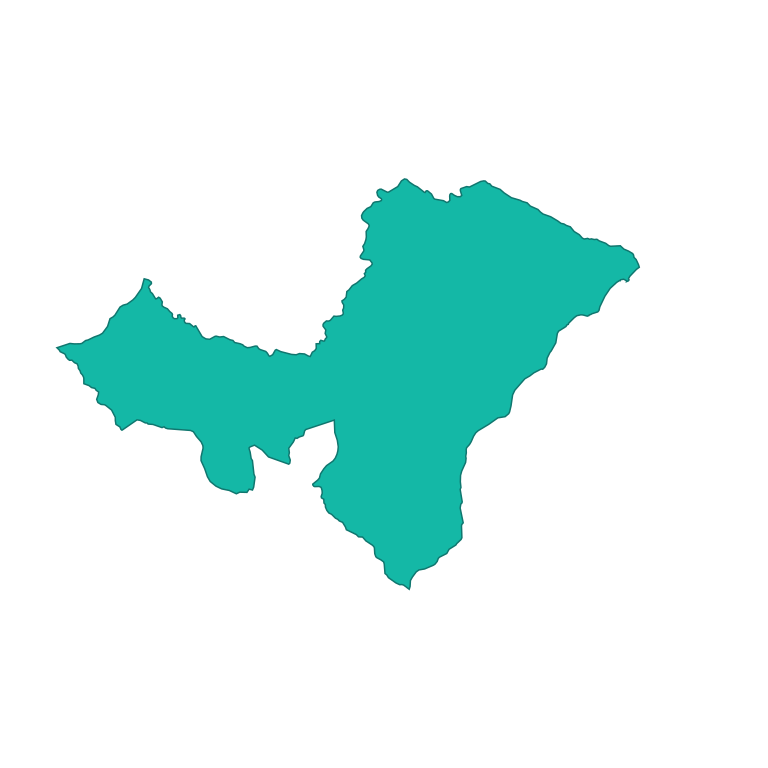 outline of Nitibe, Ambeno, East Timor, rotated 155°
{"feature_id": "22284137B96760248350473", "entity_name": "Nitibe", "entity_type": "district", "adm_level": 2, "iso_a3": "TLS", "parent_name": "East Timor", "parent_adm1": "Ambeno", "projection": "albers", "projection_center": [124.176, -9.337], "detail": "fine", "context": "isolated", "style": "filled", "palette": "teal", "viewbox_px": 768, "rotation_deg": 155, "n_neighbors": 0, "source": "geoboundaries", "source_scale": "gbopen_adm2", "svg_char_len": 6171}
<svg xmlns="http://www.w3.org/2000/svg" viewBox="0 0 768 768"><g transform="rotate(155 384 384)"><path d="M620.1,453.9L616.8,449.6L615.3,448.9L614.7,447.4L610.5,445.0L603.6,438.3L601.4,438.2L600.6,436.4L599.0,434.9L579.0,423.7L576.9,421.3L576.1,415.6L574.2,408.9L574.2,404.7L575.1,402.3L580.5,395.4L582.2,391.9L582.3,383.0L583.2,374.6L582.7,369.1L579.5,362.5L576.5,358.8L575.4,357.5L569.2,352.9L564.2,346.9L560.4,346.9L554.0,343.7L550.7,345.7L548.0,343.5L545.7,345.6L540.2,354.1L540.0,357.2L535.6,370.2L535.9,372.6L534.1,378.8L533.6,382.4L533.2,383.2L531.9,383.6L527.2,383.3L522.3,375.6L519.5,366.7L504.2,351.6L502.8,352.1L501.1,354.7L500.6,359.4L498.8,361.8L497.5,366.0L490.6,369.8L487.3,372.6L485.8,371.5L483.1,371.8L479.4,371.3L478.4,371.8L475.6,375.2L474.1,375.8L444.3,372.3L449.1,360.8L450.1,352.7L452.0,346.4L454.1,342.9L456.3,340.2L459.5,337.4L462.8,335.7L470.6,334.3L474.3,332.6L479.5,329.4L482.3,326.0L484.8,324.9L490.8,323.4L491.2,322.7L490.8,320.9L490.2,320.3L486.2,318.6L484.9,317.3L484.7,316.2L485.2,313.5L486.2,311.0L488.5,308.6L488.8,307.2L487.3,305.0L488.7,301.5L488.1,299.5L489.1,297.2L489.2,293.5L488.5,290.4L486.6,288.1L484.7,282.9L483.1,280.9L482.4,278.8L480.0,276.1L479.4,270.8L479.7,267.8L472.7,259.2L471.7,256.3L468.1,254.3L466.7,249.4L462.6,242.8L462.0,241.1L461.9,239.7L464.1,234.1L464.4,230.9L463.9,229.6L461.2,226.0L459.5,222.9L459.9,220.7L463.2,211.8L462.2,209.8L461.8,206.6L457.3,198.7L454.6,195.5L452.6,194.7L451.2,193.5L447.9,187.3L446.0,189.4L443.1,194.7L439.9,197.0L434.2,200.1L430.9,200.7L425.3,199.2L415.6,198.9L413.8,199.2L410.8,200.7L408.5,203.0L407.0,203.6L398.7,203.9L394.9,206.7L386.9,207.7L385.6,208.6L379.9,210.5L378.4,211.7L373.8,222.5L373.0,223.7L370.9,224.7L367.4,239.4L365.2,242.6L363.6,243.3L362.9,244.2L359.5,256.3L358.0,257.7L356.1,263.2L353.2,268.9L350.3,272.3L343.2,278.4L341.0,282.0L340.5,283.9L338.5,286.8L337.2,289.9L336.1,291.3L332.1,293.0L329.3,294.9L324.9,298.8L321.4,301.0L318.3,301.9L306.0,303.2L295.1,305.2L288.0,303.2L283.5,304.4L282.0,305.6L278.2,310.4L272.0,319.8L268.0,323.1L254.2,329.2L248.4,329.7L243.4,330.8L236.0,331.1L234.7,330.9L233.9,330.3L231.3,331.2L228.2,333.6L225.2,338.5L220.2,342.5L218.6,343.2L210.9,348.7L205.5,356.6L203.4,358.1L194.8,359.2L193.4,360.2L191.7,360.2L191.1,361.0L183.6,363.7L180.4,364.4L176.3,363.5L174.4,362.4L171.1,359.6L169.3,359.4L168.7,359.9L167.3,359.6L166.0,359.8L159.8,359.0L158.1,359.8L155.7,362.8L146.7,370.2L138.6,375.1L130.1,377.8L126.9,378.2L126.4,377.8L125.6,378.5L122.5,377.7L120.5,375.0L121.0,374.3L118.9,374.2L117.9,374.8L118.0,375.8L117.6,376.4L115.5,377.8L106.8,381.2L103.3,381.9L102.9,384.7L102.9,390.3L103.9,393.0L103.3,395.6L103.5,397.1L106.1,401.0L109.6,404.9L111.4,409.4L120.5,413.1L121.8,414.4L123.6,417.8L128.4,422.7L129.9,425.2L132.4,426.1L134.7,427.9L136.5,428.3L137.9,429.9L141.0,430.7L141.8,431.4L142.6,432.5L143.9,436.8L147.2,441.8L148.7,447.7L151.7,450.6L153.3,453.0L155.7,454.8L157.6,458.3L162.2,465.1L168.0,470.8L169.5,473.6L170.7,477.1L176.2,483.4L177.7,487.7L181.5,491.0L183.1,493.1L189.8,499.0L194.3,506.3L196.5,511.3L202.7,517.7L203.5,520.7L205.2,522.0L206.4,525.1L207.7,525.9L210.8,526.7L223.3,526.4L225.7,528.0L231.7,528.6L232.5,528.1L233.1,526.9L233.8,522.1L235.7,521.5L238.3,522.7L240.4,525.1L242.1,528.0L243.2,528.4L244.3,527.7L245.1,526.5L246.7,522.6L248.7,521.8L250.5,522.0L252.6,525.0L259.9,530.1L260.4,531.1L260.7,536.1L262.9,540.7L264.1,541.2L265.8,540.2L266.5,540.8L270.4,548.6L272.5,551.0L275.6,556.1L276.9,559.8L278.8,561.2L282.4,560.7L288.1,557.1L298.8,556.0L299.9,556.4L304.2,561.8L305.6,562.3L307.9,562.1L309.4,560.8L310.1,557.6L309.7,555.6L308.1,553.1L308.2,552.1L308.9,551.4L311.2,551.4L315.3,552.8L317.1,552.8L321.0,550.3L325.1,550.3L329.5,548.8L330.9,548.0L333.2,546.1L334.0,543.6L333.6,541.3L330.5,535.7L330.5,533.6L332.8,531.6L335.7,529.8L337.9,524.7L339.3,522.6L342.3,519.4L345.0,517.7L345.5,514.3L346.0,513.2L351.3,510.0L352.0,509.0L351.7,507.5L350.0,505.7L344.5,502.5L343.7,498.9L344.0,497.6L346.0,496.5L350.6,495.7L352.6,494.9L353.4,493.0L355.2,492.3L355.2,490.1L356.7,489.1L360.0,488.7L366.2,487.0L371.1,486.6L376.0,484.1L378.6,483.5L381.6,478.7L384.3,477.5L387.0,477.1L387.4,475.6L387.1,472.6L388.5,469.9L390.2,468.4L390.9,465.5L391.7,464.5L392.8,464.1L395.0,464.2L398.8,465.5L400.7,466.7L405.7,464.4L407.5,464.4L409.6,465.5L413.1,464.5L414.2,463.5L414.8,462.1L413.9,457.6L416.0,454.6L415.9,451.1L416.4,450.3L418.1,449.7L419.7,448.2L420.8,448.5L422.8,450.3L424.3,449.7L425.2,447.8L428.5,449.1L430.4,444.8L432.7,443.5L435.6,443.1L439.2,440.1L440.8,441.4L443.3,444.8L447.7,447.3L451.2,447.6L455.3,449.9L463.9,457.0L467.0,460.7L468.3,460.6L472.5,457.6L475.7,457.3L476.4,458.3L476.7,461.3L477.4,463.5L481.6,467.5L482.6,469.0L483.1,472.0L484.7,472.8L489.8,473.7L492.6,474.7L494.8,477.4L495.5,479.3L497.5,481.4L501.8,484.7L502.5,487.3L504.9,489.2L509.3,494.8L513.0,496.0L515.9,498.3L517.0,498.6L523.1,498.2L526.4,500.2L528.8,503.8L530.0,516.3L530.7,516.5L531.9,516.0L532.5,516.4L534.6,520.9L537.9,522.7L538.5,524.0L538.4,525.2L537.9,526.6L536.9,527.0L536.8,527.4L537.2,528.1L539.7,529.3L539.9,530.0L539.4,531.9L539.7,533.2L541.9,533.5L542.8,531.2L544.0,530.7L546.4,531.8L547.2,533.2L547.3,534.9L546.3,536.5L546.3,537.6L547.5,540.1L548.5,543.7L551.0,546.6L552.0,548.5L551.6,550.0L550.2,552.1L550.6,556.4L551.6,557.9L553.9,557.4L555.0,557.7L555.7,563.9L556.7,566.1L556.3,568.7L556.6,571.0L555.5,572.1L552.4,573.2L551.8,574.7L553.4,577.8L556.9,580.7L563.4,573.0L572.7,567.6L576.2,566.3L583.0,565.0L587.1,565.7L590.7,565.3L598.8,560.1L601.3,559.3L604.7,559.0L610.2,553.0L617.6,549.0L621.1,548.6L626.9,549.1L633.6,549.0L636.1,549.5L640.6,548.5L642.5,548.9L647.7,551.2L651.5,553.5L665.1,555.1L664.0,552.2L663.8,550.1L660.7,546.3L660.4,545.2L660.6,542.7L659.9,540.1L659.0,538.4L656.8,537.5L655.5,534.1L653.6,532.0L653.6,529.7L654.4,527.2L653.9,524.7L654.2,522.0L653.5,519.7L653.4,517.2L653.7,515.9L655.9,511.1L652.0,507.2L650.6,504.4L647.8,502.2L647.5,499.9L646.0,497.4L647.5,495.0L650.9,491.5L651.1,488.1L649.1,485.1L646.0,483.3L645.1,482.0L641.9,475.5L641.6,467.4L643.0,464.3L644.0,460.7L641.5,456.7L641.6,454.0L641.0,452.9L640.0,453.0L623.0,455.9L620.1,453.9Z" fill="#14b8a6" stroke="#0f766e" stroke-width="1.5"/></g></svg>